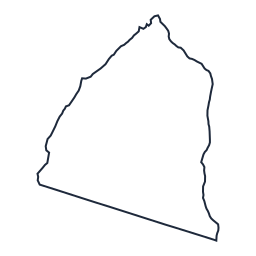 the district of Santa Maria do Pará, Pará, Brazil
{"feature_id": "56859067B50427608563835", "entity_name": "Santa Maria do Pará", "entity_type": "district", "adm_level": 2, "iso_a3": "BRA", "parent_name": "Brazil", "parent_adm1": "Pará", "projection": "natural_earth1", "projection_center": [-47.504, -1.366], "detail": "fine", "context": "isolated", "style": "outline", "palette": "slate", "viewbox_px": 256, "rotation_deg": 0, "n_neighbors": 0, "source": "geoboundaries", "source_scale": "gbopen_adm2", "svg_char_len": 1695}
<svg xmlns="http://www.w3.org/2000/svg" viewBox="0 0 256 256"><path d="M209.6,131.4L209.2,126.6L208.5,124.1L208.4,121.4L207.4,115.7L207.5,110.3L208.5,105.3L209.0,102.2L209.8,99.5L210.1,96.8L211.1,91.4L212.7,84.1L212.0,79.0L210.9,75.9L210.3,73.4L208.5,70.9L206.4,70.0L204.6,68.5L201.6,63.8L196.9,61.5L194.5,60.0L192.0,58.9L189.5,58.4L187.3,56.4L183.6,50.4L180.7,47.7L178.3,47.4L176.4,46.0L174.7,44.4L172.8,43.1L171.0,41.4L169.3,39.1L168.7,36.5L169.0,33.6L168.2,30.8L166.6,28.5L164.8,26.1L160.4,21.8L160.0,19.0L158.0,15.4L154.4,16.3L150.7,19.8L151.1,23.2L148.7,25.7L146.8,24.2L145.8,27.1L143.4,28.8L139.5,27.1L138.7,31.4L135.7,34.0L133.9,35.4L132.1,37.9L129.6,39.9L128.0,41.7L126.2,43.0L124.2,44.8L121.0,46.2L116.3,50.9L113.8,54.7L111.7,55.7L108.9,59.0L105.6,64.1L100.6,68.5L95.2,72.3L92.8,74.0L90.7,76.7L85.9,78.6L82.1,78.3L81.3,80.8L80.3,86.2L78.7,90.6L76.3,94.1L74.4,97.4L72.5,100.2L69.0,105.3L65.9,106.4L64.8,108.8L63.3,110.6L62.1,113.6L59.7,116.6L57.4,121.1L55.3,126.3L52.9,131.2L50.7,135.6L47.6,139.0L45.7,146.2L46.3,150.3L49.1,152.6L47.3,163.0L45.0,164.9L42.5,168.0L37.5,173.7L38.2,176.9L37.7,180.3L39.7,184.6L60.5,191.2L83.2,198.5L97.0,202.9L110.5,207.1L128.7,212.9L148.1,219.1L165.3,224.6L174.2,227.3L197.9,234.7L213.8,239.7L216.3,240.6L216.6,235.7L217.2,233.3L218.3,230.4L218.5,227.7L218.1,224.3L213.1,220.2L211.2,218.4L209.8,216.2L208.9,213.4L207.8,210.9L206.5,208.7L205.7,206.4L204.3,201.0L203.0,197.9L203.5,195.0L203.0,191.8L203.1,186.4L205.0,181.6L205.1,176.1L204.5,173.5L204.1,170.5L204.4,167.1L203.0,164.4L201.2,162.2L202.4,158.1L203.5,154.4L204.8,152.0L206.6,150.1L207.7,147.7L209.1,145.2L209.9,142.5L209.9,139.8L209.6,131.4Z" fill="none" stroke="#1e293b" stroke-width="2"/></svg>